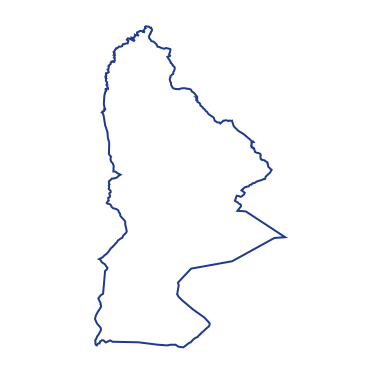 Offinso Municipal, Ashanti, Ghana, rotated 185°
{"feature_id": "2480657B80894926360364", "entity_name": "Offinso Municipal", "entity_type": "district", "adm_level": 2, "iso_a3": "GHA", "parent_name": "Ghana", "parent_adm1": "Ashanti", "projection": "albers", "projection_center": [-1.702, 7.059], "detail": "fine", "context": "isolated", "style": "outline", "palette": "blue", "viewbox_px": 384, "rotation_deg": 185, "n_neighbors": 0, "source": "geoboundaries", "source_scale": "gbopen_adm2", "svg_char_len": 6094}
<svg xmlns="http://www.w3.org/2000/svg" viewBox="0 0 384 384"><g transform="rotate(185 192 192)"><path d="M284.3,313.6L284.2,313.2L284.2,312.4L286.2,310.5L286.1,309.8L285.7,309.6L286.0,307.2L286.7,306.5L286.3,306.2L285.4,304.2L286.1,303.5L286.6,303.4L286.7,303.1L287.9,302.8L287.8,302.4L288.1,302.2L287.6,300.8L288.0,300.5L288.0,300.0L287.6,299.3L287.7,299.1L288.1,299.4L288.3,299.3L288.0,298.2L287.6,298.2L287.6,297.6L287.3,297.5L287.5,297.1L287.5,295.4L287.0,294.6L286.1,293.9L286.3,291.9L285.9,291.5L286.4,291.1L285.6,290.5L285.6,289.6L284.7,288.1L284.7,287.5L285.2,287.7L287.0,287.1L287.0,286.3L286.6,286.2L286.2,285.6L286.4,285.0L287.3,283.9L287.2,282.8L287.5,282.5L287.4,281.5L287.7,280.9L287.5,272.0L286.4,268.1L286.6,267.4L286.0,267.3L286.1,267.0L285.7,266.5L286.6,265.9L286.8,265.3L287.7,264.7L287.8,264.6L287.4,264.4L288.5,263.7L288.7,263.4L288.2,263.3L286.9,261.1L284.1,250.1L283.5,249.2L281.4,244.1L280.6,239.0L278.7,233.5L278.1,222.5L275.7,220.0L276.0,219.6L276.0,218.3L276.0,217.3L275.7,216.4L275.0,215.0L273.5,213.8L272.3,211.3L272.1,205.6L270.7,205.7L269.0,205.1L268.5,204.5L264.8,203.0L266.2,202.0L268.2,199.8L271.1,198.6L272.8,198.5L274.3,196.9L274.6,196.3L275.4,195.9L275.7,194.7L275.4,193.1L274.8,192.4L275.5,191.2L274.9,189.8L275.3,188.0L275.1,187.6L273.4,186.4L272.9,184.9L274.3,183.4L273.3,180.9L273.5,179.8L274.7,179.2L275.0,178.8L274.7,178.3L274.6,176.7L274.2,176.3L274.4,175.9L275.2,175.4L276.0,173.6L275.2,173.0L274.0,173.0L272.6,172.6L272.0,172.2L270.6,170.0L269.5,169.2L269.0,168.9L266.1,168.5L263.9,167.4L263.0,165.3L261.8,164.2L261.4,162.3L260.8,161.4L256.5,157.5L255.9,156.3L255.6,153.5L253.6,147.4L253.9,145.9L256.6,142.7L257.5,140.3L258.9,139.5L261.7,137.1L262.5,135.3L264.1,133.5L264.9,132.0L265.6,131.6L266.2,130.5L267.9,128.9L270.4,124.6L271.9,122.7L273.5,121.5L275.2,119.3L278.6,117.1L277.9,116.9L277.0,116.1L275.8,114.2L272.6,112.5L270.4,109.8L269.6,109.2L270.0,107.5L271.7,105.8L271.7,82.9L273.9,81.2L276.0,78.0L275.8,77.2L275.0,76.3L274.8,75.6L273.3,73.2L273.3,72.0L272.9,71.4L272.6,69.8L274.4,66.0L275.2,64.8L276.5,61.8L277.0,60.5L277.6,57.1L275.3,52.8L271.7,49.4L271.0,48.4L270.7,46.7L271.1,45.4L273.2,40.8L273.9,40.0L274.7,37.2L275.5,35.9L275.0,33.8L275.1,32.8L274.5,31.4L273.5,30.9L272.4,32.7L272.0,33.0L270.9,33.1L270.5,35.1L269.6,35.6L269.0,36.4L267.2,36.5L265.3,34.9L264.7,34.6L260.6,37.0L258.1,35.9L232.3,37.6L213.1,36.9L203.7,37.0L201.8,37.4L200.6,37.9L195.1,38.4L192.1,36.8L188.7,36.5L186.9,36.6L181.8,41.4L180.2,42.1L178.0,45.0L176.0,46.9L173.8,48.0L173.2,49.1L171.7,50.6L171.4,51.3L170.7,51.7L170.3,52.7L169.2,53.5L166.3,56.8L163.6,59.5L163.0,60.6L163.0,62.8L168.7,68.0L180.8,75.1L192.0,83.0L196.4,86.6L197.5,88.5L197.9,88.7L197.1,97.5L197.2,98.3L198.1,100.5L186.2,115.6L146.0,126.5L105.9,153.4L95.3,155.1L136.8,177.4L145.1,177.2L141.9,182.1L142.3,183.6L142.9,184.1L144.4,184.5L145.6,185.7L148.2,186.7L148.5,187.0L147.1,192.2L144.9,192.0L143.5,191.4L142.1,191.9L139.8,194.4L139.4,195.9L142.9,197.9L142.1,198.9L141.6,199.0L140.9,200.3L139.4,201.5L138.7,201.5L138.4,202.0L136.0,202.5L135.3,203.8L134.7,204.3L133.5,204.5L132.4,206.0L130.5,206.4L128.2,208.2L123.3,210.2L121.6,211.2L120.6,211.2L120.1,212.2L120.0,213.6L116.9,217.1L116.1,217.8L114.6,221.0L116.4,222.2L116.7,222.7L118.0,223.6L118.4,224.3L118.9,226.5L119.4,226.8L119.3,227.8L120.1,228.5L121.0,228.8L122.1,229.4L122.5,229.9L125.6,230.2L126.3,230.9L126.2,231.2L126.6,231.7L127.1,233.4L126.7,234.4L127.1,235.7L127.8,236.2L129.4,236.6L130.6,236.6L132.7,237.4L133.8,240.4L134.3,241.1L134.7,240.9L134.9,241.3L135.4,241.3L135.8,241.8L136.2,241.7L136.0,242.4L136.5,242.9L137.0,242.9L137.0,244.2L136.6,245.0L137.1,246.2L136.8,246.7L135.0,247.1L135.5,247.7L137.0,247.7L138.3,249.0L145.6,254.2L151.3,257.0L156.0,261.0L156.6,262.2L158.4,266.5L158.7,266.3L161.1,266.4L161.8,265.9L164.6,266.5L166.2,265.8L166.9,265.8L169.8,262.7L170.8,263.6L172.9,263.6L175.6,265.0L176.7,267.7L177.5,268.4L181.7,270.7L182.9,271.6L183.8,273.0L185.3,273.9L187.0,275.8L188.0,276.2L188.9,277.5L190.2,278.2L191.3,279.2L191.6,280.5L192.3,281.3L194.5,282.2L194.6,282.4L194.4,283.1L195.0,283.5L194.8,283.7L195.2,284.8L195.6,284.7L195.5,285.0L195.7,285.3L195.2,285.8L195.7,286.2L195.1,286.1L195.1,286.8L194.6,286.6L198.6,290.9L201.0,292.2L201.8,293.8L203.8,294.5L204.6,294.3L205.5,294.6L206.0,294.4L208.3,294.8L211.3,294.4L213.1,293.7L213.6,293.2L214.0,293.3L215.7,293.4L216.4,293.1L219.5,293.6L220.1,294.0L221.4,295.5L222.1,296.8L222.5,299.1L223.2,299.9L224.0,302.3L223.9,303.5L223.5,304.0L223.6,305.5L221.8,307.5L221.1,307.8L221.0,308.3L221.1,309.7L220.3,311.3L220.0,312.7L220.1,314.7L222.3,316.4L222.3,316.9L223.4,318.1L224.3,318.6L224.5,318.9L224.4,319.4L228.3,324.5L227.0,325.2L225.9,325.4L225.7,325.9L226.8,327.1L226.0,330.0L225.9,331.5L226.1,332.5L230.5,333.2L231.4,332.5L232.4,332.3L236.2,333.1L236.9,333.6L239.0,333.7L239.3,334.5L240.0,335.2L240.1,335.9L242.2,337.6L243.3,338.4L245.6,338.8L247.0,340.6L247.7,341.0L248.5,342.8L248.2,344.1L247.4,345.7L247.5,346.0L247.1,346.3L247.2,346.8L246.8,347.5L246.9,347.9L246.0,349.3L245.9,350.2L247.0,352.0L247.4,351.7L249.6,353.1L250.3,352.8L252.4,353.1L253.2,352.5L253.0,351.4L252.6,351.0L253.3,350.6L254.0,349.0L254.5,348.6L254.5,348.2L253.6,347.6L253.5,347.3L253.7,347.0L254.9,347.2L256.0,347.9L257.2,348.0L257.9,347.9L258.7,347.2L260.6,346.2L260.7,345.5L260.3,344.7L259.2,343.4L259.3,343.2L261.0,343.5L261.8,343.3L262.0,342.9L262.6,343.4L262.7,341.5L263.0,340.9L264.7,340.4L262.7,338.1L263.1,337.5L263.7,337.9L264.8,338.1L265.2,338.4L265.2,338.9L264.9,339.4L265.1,340.2L265.9,340.5L265.9,339.0L266.5,338.8L268.1,339.5L269.4,339.4L270.2,338.0L269.3,337.6L268.6,337.1L269.0,334.5L271.2,334.1L272.4,333.3L273.6,333.3L273.9,333.0L274.3,331.2L275.7,330.6L277.6,330.4L278.7,329.0L279.6,328.7L279.4,328.5L280.4,327.8L281.0,327.0L281.2,326.1L282.3,324.7L281.7,323.1L281.3,323.2L281.6,322.4L281.4,322.5L281.0,322.2L280.7,321.5L281.2,319.8L280.8,319.2L281.3,318.9L280.8,318.5L280.6,317.8L280.4,316.3L280.7,315.9L280.7,315.0L281.1,314.8L281.4,315.3L282.0,315.5L282.2,315.3L281.9,314.9L283.5,314.9L283.4,314.4L284.3,313.6Z" fill="none" stroke="#1e3a8a" stroke-width="2"/></g></svg>